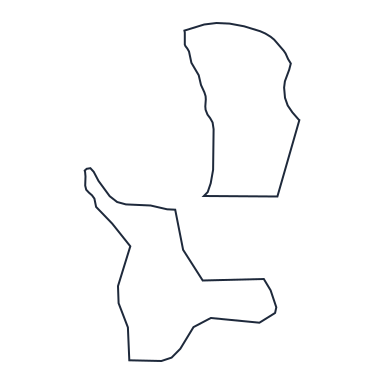 map outline of Agusan del Norte (Mercator projection)
{"feature_id": "PHL-2587", "entity_name": "Agusan del Norte", "entity_type": "Province", "adm_level": 1, "iso_a3": "PHL", "parent_name": "Philippines", "parent_adm1": "", "projection": "mercator", "projection_center": [125.494, 9.026], "detail": "fine", "context": "isolated", "style": "outline", "palette": "slate", "viewbox_px": 384, "rotation_deg": 0, "n_neighbors": 0, "source": "natural_earth", "source_scale": "10m", "svg_char_len": 1117}
<svg xmlns="http://www.w3.org/2000/svg" viewBox="0 0 384 384"><path d="M203.9,196.0L207.7,192.1L210.7,183.3L213.1,169.8L213.6,129.2L212.6,122.5L210.2,118.2L207.5,114.6L205.6,109.8L205.3,106.4L205.8,99.5L205.6,96.2L204.4,92.4L201.0,85.0L198.7,75.2L191.4,62.8L189.0,51.5L187.3,48.5L185.5,46.2L184.8,44.6L184.8,32.6L184.4,30.6L204.2,24.5L216.5,23.0L229.6,23.6L244.1,26.3L260.1,31.2L265.3,33.5L270.7,36.8L274.2,39.7L283.7,50.7L285.6,53.5L288.1,59.1L290.8,63.5L289.2,69.7L284.9,81.3L284.1,87.6L285.0,97.8L287.7,105.5L292.4,112.4L299.2,120.2L299.3,120.2L299.3,120.3L277.4,196.5L203.9,196.0ZM84.7,170.6L86.7,168.8L90.4,168.2L93.7,171.8L98.5,180.9L109.7,196.2L117.1,202.0L125.9,204.4L150.6,205.5L167.1,209.3L175.2,209.7L183.1,249.8L202.7,280.5L263.8,279.0L270.6,290.3L276.3,307.3L275.1,312.9L275.0,313.0L261.7,321.3L259.4,322.7L210.8,318.0L193.5,327.1L180.3,348.8L171.6,357.6L161.4,361.0L129.3,360.3L127.9,327.4L118.6,303.2L118.0,286.1L130.3,246.3L112.2,223.6L96.1,206.9L94.4,198.6L92.0,195.3L88.9,192.6L86.2,189.7L85.2,185.6L85.5,176.5L85.1,172.0L84.7,170.6L84.7,170.6Z" fill="none" stroke="#1e293b" stroke-width="2"/></svg>